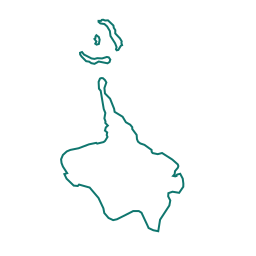 the district of Conakry, Dubréka, Guinea, rotated 114°
{"feature_id": "49546643B29247776226513", "entity_name": "Conakry", "entity_type": "district", "adm_level": 2, "iso_a3": "GIN", "parent_name": "Guinea", "parent_adm1": "Dubréka", "projection": "albers", "projection_center": [-13.665, 9.597], "detail": "fine", "context": "isolated", "style": "outline", "palette": "teal", "viewbox_px": 256, "rotation_deg": 114, "n_neighbors": 0, "source": "geoboundaries", "source_scale": "gbopen_adm2", "svg_char_len": 2106}
<svg xmlns="http://www.w3.org/2000/svg" viewBox="0 0 256 256"><g transform="rotate(114 128 128)"><path d="M177.0,59.9L174.1,63.5L171.1,64.6L168.1,61.4L166.4,54.9L159.2,53.6L156.3,54.8L152.0,57.4L148.6,61.7L150.5,64.1L151.9,64.6L152.2,64.3L153.0,65.2L153.4,67.3L151.3,66.6L148.3,67.5L144.0,66.3L142.3,66.5L141.0,67.7L138.8,74.7L137.0,86.7L139.8,90.2L140.5,93.5L140.9,95.3L140.1,96.7L138.4,97.6L137.8,100.8L136.7,106.1L137.1,110.5L136.4,113.3L134.5,115.3L130.8,117.3L127.2,123.7L126.0,124.2L125.5,124.5L124.1,127.3L123.6,132.3L119.9,137.5L119.5,140.5L118.7,146.8L116.1,148.5L108.5,156.3L107.3,159.3L106.7,160.8L105.8,163.1L101.1,165.8L95.2,166.3L93.6,168.5L92.7,171.2L93.3,172.8L94.3,173.7L97.8,173.6L103.9,170.5L105.1,168.1L111.6,163.8L120.5,157.9L123.5,154.8L128.8,153.5L131.2,151.2L132.6,150.8L134.0,147.4L136.5,148.5L137.2,148.4L139.7,148.0L139.7,147.8L139.7,147.4L139.7,147.5L139.8,147.5L140.0,147.1L140.5,145.2L143.1,144.6L144.5,143.1L149.1,143.7L150.8,144.6L152.1,146.3L154.8,149.8L154.5,151.0L158.8,157.0L166.6,164.9L171.5,171.8L174.3,174.4L179.1,176.5L183.8,176.4L187.0,174.5L189.7,171.8L194.0,165.2L196.0,167.4L199.3,163.5L202.2,155.5L202.7,154.2L201.4,150.3L199.6,149.7L198.0,138.8L203.9,126.5L211.4,117.8L215.3,115.1L218.1,109.2L218.2,104.1L215.9,101.0L204.8,91.9L201.8,89.5L199.5,84.4L199.5,84.2L199.9,81.2L209.1,70.6L211.0,68.5L211.1,63.3L210.0,58.4L198.7,61.4L182.0,58.7L177.0,59.9ZM43.0,198.1L43.7,195.8L42.6,191.8L43.7,188.4L46.8,184.0L51.1,181.4L55.9,174.2L58.8,171.3L61.0,171.0L61.6,169.9L60.6,168.6L55.7,168.0L54.7,167.1L53.0,168.6L51.4,169.0L49.4,171.8L46.8,178.1L43.8,179.4L42.2,181.8L40.3,183.0L37.8,190.1L39.1,192.6L39.2,194.8L39.9,195.9L41.1,196.2L42.1,198.5L43.0,198.1ZM80.3,201.6L81.6,199.5L84.0,193.4L83.2,190.5L83.7,187.9L83.0,184.7L79.2,181.8L77.2,173.0L75.2,171.7L72.7,172.0L71.3,174.3L71.7,176.2L75.0,180.0L76.7,184.5L78.5,186.7L79.3,189.6L79.2,191.1L78.8,198.1L77.3,200.9L78.8,202.4L80.3,201.6ZM64.6,190.6L63.1,188.8L58.9,189.8L56.8,191.6L56.1,194.6L57.6,194.9L59.0,194.3L60.3,194.9L61.9,192.0L64.3,192.2L64.6,190.6Z" fill="none" stroke="#0f766e" stroke-width="2"/></g></svg>